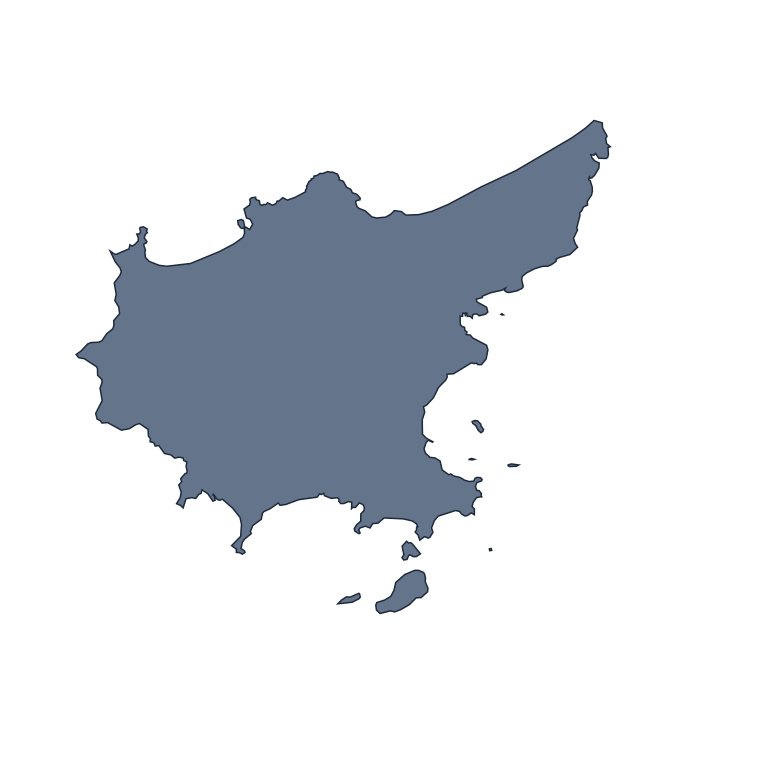 Thalang, Phuket, Thailand, rotated 73°
{"feature_id": "78962969B19426862373274", "entity_name": "Thalang", "entity_type": "district", "adm_level": 2, "iso_a3": "THA", "parent_name": "Thailand", "parent_adm1": "Phuket", "projection": "orthographic", "projection_center": [98.366, 8.071], "detail": "fine", "context": "isolated", "style": "filled", "palette": "slate", "viewbox_px": 768, "rotation_deg": 73, "n_neighbors": 0, "source": "geoboundaries", "source_scale": "gbopen_adm2", "svg_char_len": 6176}
<svg xmlns="http://www.w3.org/2000/svg" viewBox="0 0 768 768"><g transform="rotate(73 384 384)"><path d="M338.9,665.1L340.1,659.6L351.3,648.7L352.3,640.6L350.4,633.7L350.3,629.4L358.4,622.9L364.9,624.5L368.0,623.4L370.8,624.6L372.8,621.3L376.5,620.9L377.0,617.4L386.3,614.2L389.5,608.5L393.7,605.8L394.1,601.0L396.3,597.7L398.6,597.9L400.9,595.3L404.7,597.3L410.0,597.8L411.5,598.8L411.6,600.6L415.2,606.2L418.2,606.0L420.6,609.8L428.4,609.6L433.2,612.2L437.8,617.4L440.5,614.2L443.8,612.3L435.8,606.9L436.5,601.0L438.4,597.5L435.3,593.3L435.2,591.0L432.0,589.0L437.3,584.6L446.0,581.9L445.8,579.5L442.1,578.9L440.2,580.1L439.6,579.4L445.7,577.2L447.1,575.3L447.0,572.2L458.5,565.0L469.5,560.7L476.5,561.3L487.8,565.6L494.0,577.0L498.9,573.4L501.9,574.5L503.0,571.5L505.3,569.2L504.5,566.2L502.8,566.2L499.5,568.8L494.3,566.0L491.5,562.6L488.3,554.7L486.0,554.9L481.0,550.9L477.5,540.9L472.0,538.0L470.9,536.2L469.9,529.1L466.9,519.9L469.6,518.9L470.5,513.1L469.7,499.2L472.7,481.0L470.2,477.7L471.4,476.3L470.9,473.8L473.5,473.5L478.0,467.8L479.1,462.0L480.9,460.6L483.0,461.5L485.7,460.3L486.6,457.2L486.0,452.9L487.5,449.4L493.7,451.5L492.8,450.0L493.7,447.4L490.5,442.4L493.1,439.4L495.8,438.9L499.0,439.9L501.4,444.1L508.4,446.4L510.6,451.3L513.5,454.7L516.0,455.0L519.8,451.8L519.5,450.4L516.1,450.8L514.7,449.2L514.5,443.4L517.6,439.4L514.2,435.8L515.3,430.4L512.1,423.1L518.7,404.8L523.3,396.9L527.3,393.8L530.3,393.4L530.3,394.6L533.1,395.6L534.7,397.5L538.2,395.6L543.8,395.4L541.8,389.9L544.3,386.8L544.0,384.9L540.2,380.6L535.5,380.6L529.4,375.8L526.2,370.7L525.9,352.7L527.9,349.0L530.6,348.1L533.8,345.4L534.2,343.0L532.8,338.2L535.4,335.8L530.0,334.1L526.9,335.5L523.3,333.4L519.8,328.9L520.0,324.4L521.1,323.3L519.6,323.8L517.1,322.9L513.7,324.3L512.9,326.4L508.7,326.5L505.4,324.1L505.2,319.0L503.9,318.1L501.8,319.1L500.5,322.5L500.7,324.2L503.1,326.7L502.1,331.2L499.5,335.1L495.7,338.5L492.2,344.4L489.5,346.5L489.8,348.5L483.2,353.5L474.0,352.9L469.5,357.0L467.6,361.5L462.1,364.7L457.8,364.7L452.1,360.7L450.8,357.8L453.9,354.7L453.6,354.1L448.3,359.3L443.3,361.9L429.4,357.9L422.8,353.3L417.2,352.9L416.7,349.5L411.7,340.9L403.3,332.9L398.2,323.7L395.8,321.5L393.1,320.9L394.5,314.5L389.3,294.1L390.9,291.8L391.1,289.3L392.8,288.8L394.0,285.2L389.9,279.0L381.6,274.6L376.9,274.6L365.8,285.8L362.4,287.2L360.7,290.9L358.4,289.4L356.5,291.0L353.3,290.4L351.8,292.6L349.4,293.6L341.4,291.4L342.3,289.1L339.3,288.0L340.1,286.0L343.2,286.3L340.0,285.4L340.3,284.1L343.7,284.5L344.3,282.1L346.9,280.4L343.8,278.9L343.5,277.3L344.3,274.5L346.6,273.1L346.9,266.5L345.6,263.7L340.7,263.4L332.5,271.2L329.9,270.9L330.1,264.7L328.8,264.3L327.9,255.3L328.8,243.8L327.8,239.8L329.6,241.5L331.6,240.3L333.1,237.7L333.8,229.4L332.9,224.0L331.6,222.3L324.8,221.9L321.6,220.4L319.4,215.2L317.8,206.4L317.8,198.3L319.3,192.6L318.7,188.6L317.0,183.6L315.0,183.0L314.3,179.4L314.5,168.4L309.8,158.8L305.7,160.1L300.1,160.2L293.2,153.8L291.1,154.1L280.3,147.4L277.5,146.8L276.1,144.1L273.0,141.6L272.4,137.0L268.8,136.2L264.1,130.4L260.5,128.3L256.3,127.3L249.6,127.4L248.9,128.5L247.4,128.1L246.0,126.8L247.4,126.7L247.7,125.1L246.0,121.6L240.2,115.3L235.6,113.6L232.2,117.3L228.4,119.0L225.3,119.0L226.6,116.3L225.3,114.3L230.9,112.6L233.3,105.7L232.8,103.9L230.0,102.2L223.3,100.7L223.3,98.2L219.1,100.9L214.0,100.2L212.2,98.2L203.0,100.1L198.1,98.9L193.4,106.1L198.2,116.4L203.5,132.4L218.5,195.5L223.9,233.4L231.1,270.3L232.9,287.7L232.2,301.2L228.9,313.7L224.2,316.9L221.2,323.4L223.6,327.8L224.9,333.5L223.1,342.5L220.7,346.7L213.1,351.2L208.6,356.7L206.5,357.9L201.7,358.0L200.6,357.0L200.8,353.1L199.3,352.4L194.6,354.6L191.9,358.3L188.2,358.8L185.0,362.2L178.2,363.7L175.6,367.2L173.6,366.5L169.7,367.1L166.0,371.7L166.3,372.5L164.4,375.7L164.8,381.1L163.9,383.6L165.0,386.9L164.7,390.2L166.4,390.9L166.7,393.7L167.6,393.6L168.5,396.6L172.5,400.3L174.4,400.6L175.6,402.4L177.3,402.9L179.5,414.4L179.9,422.6L176.2,426.4L178.3,431.0L177.8,432.7L179.9,434.5L180.4,438.4L176.7,442.3L177.9,444.8L177.1,446.5L177.6,448.2L175.9,450.2L172.4,449.6L170.3,452.4L167.8,452.2L167.2,456.3L168.2,458.4L171.3,458.8L173.6,460.2L175.7,466.7L185.0,467.0L187.4,463.8L192.8,462.9L197.0,467.3L193.8,470.0L193.4,471.7L199.5,473.5L202.6,476.1L206.1,486.4L209.2,502.5L212.2,533.7L207.9,557.3L204.8,564.3L198.1,572.7L193.3,575.1L187.8,574.1L186.3,573.0L180.9,573.1L179.6,572.2L179.8,570.4L178.5,569.1L173.9,570.5L171.0,568.3L170.1,566.1L168.6,566.5L166.6,565.1L163.4,568.0L162.9,571.2L163.9,572.2L167.1,572.3L168.9,573.8L168.3,576.6L172.4,576.2L175.3,577.2L177.8,581.7L178.5,584.5L176.6,586.3L180.2,588.3L181.7,602.2L181.1,603.6L176.8,607.0L188.6,605.3L195.9,602.5L199.8,602.4L202.8,604.7L208.4,612.4L220.2,613.9L225.5,617.0L232.7,615.2L239.4,616.2L244.4,624.0L248.6,625.0L251.9,627.1L254.9,634.6L260.2,641.1L260.6,644.6L258.7,652.1L259.0,655.5L263.8,663.9L265.8,669.8L269.7,668.1L272.2,663.2L283.5,653.8L285.4,653.5L291.9,655.3L297.3,652.5L299.9,653.1L305.1,656.8L317.4,658.3L327.8,668.3L333.7,668.6L336.1,666.1L338.9,665.1ZM585.2,402.4L581.5,401.0L577.4,400.8L575.8,401.3L572.3,405.4L571.2,409.1L572.3,419.9L577.2,430.8L584.0,434.6L589.0,439.5L590.8,446.5L590.9,454.9L593.3,456.6L598.0,457.3L602.3,454.9L602.8,444.3L605.1,440.3L604.7,434.3L602.4,424.2L597.9,415.7L599.1,411.0L595.5,403.1L592.2,401.7L585.2,402.4ZM558.5,413.3L555.1,410.5L555.2,408.7L557.7,406.6L558.5,403.4L557.0,398.8L545.3,403.6L543.6,404.8L543.2,407.0L541.0,408.4L544.4,414.1L553.0,414.9L555.3,417.5L558.1,416.6L558.5,413.3ZM581.0,469.1L577.6,468.7L576.8,469.3L577.9,478.6L576.6,482.1L578.1,487.6L580.7,492.4L583.4,478.3L582.1,470.8L581.0,469.1ZM458.3,303.4L456.6,302.1L452.8,303.4L450.6,303.2L446.6,305.3L445.5,307.7L445.7,310.7L447.6,310.6L450.5,308.5L455.8,307.4L458.9,305.6L458.3,303.4ZM193.0,471.2L186.5,470.7L185.0,472.3L185.0,476.1L188.6,476.8L192.7,475.5L194.1,473.3L193.0,471.2ZM498.4,289.3L499.7,288.1L501.3,281.6L500.8,278.8L497.7,285.5L497.6,288.8L498.4,289.3ZM574.3,331.7L574.6,329.6L572.6,329.6L572.5,331.5L574.3,331.7ZM482.5,319.4L480.8,322.0L480.9,325.3L482.4,321.7L482.5,319.4ZM351.6,251.8L352.6,250.8L352.8,249.5L351.2,250.7L351.6,251.8Z" fill="#64748b" stroke="#1e293b" stroke-width="1.5"/></g></svg>